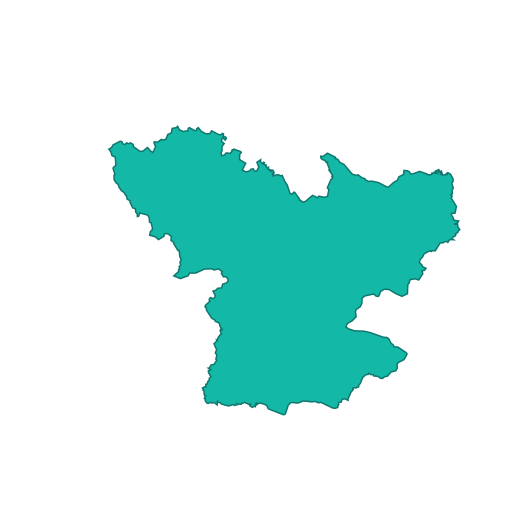 outline of Kyaukme, Shan, Myanmar, rotated 294°
{"feature_id": "60261553B11251200769941", "entity_name": "Kyaukme", "entity_type": "district", "adm_level": 2, "iso_a3": "MMR", "parent_name": "Myanmar", "parent_adm1": "Shan", "projection": "natural_earth1", "projection_center": [97.145, 22.817], "detail": "fine", "context": "isolated", "style": "filled", "palette": "teal", "viewbox_px": 512, "rotation_deg": 294, "n_neighbors": 0, "source": "geoboundaries", "source_scale": "gbopen_adm2", "svg_char_len": 6148}
<svg xmlns="http://www.w3.org/2000/svg" viewBox="0 0 512 512"><g transform="rotate(294 256 256)"><path d="M293.8,78.1L292.0,81.2L289.1,83.6L289.1,87.2L281.9,91.1L278.9,89.7L277.7,89.9L273.2,94.0L271.9,93.5L268.0,95.3L265.7,98.9L265.4,100.8L263.1,102.9L260.9,106.5L260.3,110.1L258.9,111.4L258.5,113.0L255.6,115.1L255.1,118.8L253.8,119.1L249.8,123.8L250.1,126.7L247.1,128.3L246.4,130.2L243.8,131.5L244.5,132.6L248.1,132.5L249.3,140.5L247.6,142.8L243.6,145.0L243.7,146.6L240.0,149.6L237.9,150.6L235.5,149.6L231.7,150.4L232.6,156.7L231.3,160.2L236.6,163.9L238.7,163.3L240.3,165.3L240.2,167.8L239.3,170.8L235.6,172.0L235.0,175.4L234.0,175.6L229.3,182.4L229.9,183.5L224.2,186.8L222.3,189.1L219.3,189.1L217.1,190.8L215.0,190.1L213.3,191.6L212.3,190.8L210.2,191.6L204.4,189.0L204.6,196.1L210.4,202.1L213.4,202.3L215.9,207.9L223.0,214.1L226.3,220.8L226.2,223.4L229.0,227.1L227.9,231.5L226.0,231.4L223.7,234.8L224.8,236.8L223.7,239.8L221.2,240.7L219.1,239.7L216.7,237.0L212.9,237.6L210.9,234.1L208.5,233.3L206.4,231.0L203.3,234.9L201.2,235.2L199.5,234.2L199.6,231.5L198.4,230.9L196.8,231.1L196.1,232.3L190.1,229.8L188.6,230.3L188.5,231.8L186.5,232.6L181.2,240.8L180.7,244.7L179.7,245.5L179.9,249.4L176.6,252.3L175.7,254.5L174.4,255.0L174.5,253.5L173.2,253.6L170.4,256.3L169.5,255.3L165.8,254.5L163.7,255.0L163.4,253.9L162.4,254.8L158.7,253.3L154.3,258.2L151.0,258.2L149.6,260.5L145.4,261.3L144.8,262.5L140.1,261.8L138.0,259.2L134.8,259.0L134.2,258.1L133.7,261.0L131.9,259.1L130.1,260.1L127.5,263.8L124.9,263.1L122.9,263.8L121.8,263.0L119.2,263.4L118.4,262.3L115.8,263.4L115.2,261.8L113.5,260.8L112.7,262.2L111.7,262.4L111.7,263.5L108.6,264.8L107.6,266.0L107.9,266.8L104.9,266.8L105.1,267.7L103.8,268.0L101.8,270.4L101.8,272.0L103.9,274.4L103.7,275.5L105.1,277.3L104.2,281.1L108.2,279.5L106.9,281.0L107.4,283.3L106.7,284.6L107.8,291.9L111.0,295.5L110.7,297.2L112.5,299.1L113.3,298.6L113.0,300.1L114.3,301.3L114.5,302.8L115.4,302.8L117.6,305.3L117.6,310.0L118.4,311.2L116.7,311.2L116.2,314.2L118.0,315.6L118.1,316.7L119.1,316.3L120.4,317.1L120.5,315.8L121.8,315.9L122.1,316.4L121.1,317.3L123.3,319.3L124.0,324.0L123.7,326.7L121.4,329.4L122.1,345.3L122.9,346.7L124.3,347.0L132.9,346.1L136.5,347.5L138.6,354.0L142.9,358.3L145.4,366.1L147.2,369.3L147.3,372.8L148.7,374.9L148.3,387.7L149.1,390.3L150.9,392.3L152.5,391.5L153.8,392.2L155.0,391.0L156.2,391.4L157.1,393.3L159.9,392.9L161.6,394.9L161.7,398.8L162.7,398.2L170.6,398.2L173.4,399.2L174.1,398.4L175.3,398.6L176.1,400.9L178.2,403.0L179.7,402.4L181.9,403.1L188.5,402.9L192.2,404.6L193.4,406.6L194.9,406.8L194.3,408.8L195.3,411.7L194.3,412.4L195.7,416.4L194.9,419.3L195.7,421.5L197.8,422.4L199.8,425.0L205.0,426.6L208.0,430.4L211.3,430.7L214.3,429.0L216.4,429.2L221.5,433.3L226.8,433.9L228.3,433.6L228.9,432.0L230.5,422.6L229.3,419.3L230.7,417.2L231.3,414.7L234.4,410.9L234.8,408.5L233.6,405.7L232.5,391.7L231.2,385.1L227.7,376.5L227.1,370.3L227.8,366.9L231.5,366.9L235.9,370.2L241.3,372.2L245.6,369.4L247.9,369.3L252.2,371.9L255.7,372.0L260.7,370.0L263.8,371.7L269.2,379.0L268.2,382.1L268.7,383.9L269.5,384.5L274.3,384.2L277.9,386.8L279.5,391.2L278.5,399.1L278.5,405.7L283.1,409.7L291.6,406.3L293.7,406.9L297.1,406.3L299.9,410.8L300.3,414.4L307.7,415.6L309.8,413.6L311.5,415.8L313.9,416.3L313.9,413.0L315.5,410.9L316.3,408.0L319.5,407.4L322.9,408.6L326.4,408.7L331.2,412.4L331.5,414.4L332.5,414.8L333.7,417.7L343.0,418.9L343.9,421.4L345.4,422.1L346.9,424.5L346.5,425.7L349.8,426.3L351.2,429.8L351.5,428.2L353.1,428.0L355.1,429.7L356.5,430.0L357.2,429.1L359.6,430.8L360.7,430.4L363.0,431.4L364.8,428.4L367.0,427.3L365.7,424.1L368.7,426.8L370.5,426.8L369.1,422.2L371.0,420.8L373.0,417.8L374.5,417.4L376.1,420.4L382.8,418.9L388.4,410.7L389.9,411.0L391.3,409.9L391.0,409.4L392.5,409.3L392.9,410.1L395.7,408.4L398.4,408.6L402.0,405.2L404.4,405.7L406.5,404.7L409.8,400.5L410.2,397.4L409.1,396.6L409.1,397.5L408.3,397.6L405.6,393.4L406.9,392.5L405.9,391.4L407.4,390.9L408.1,391.6L409.0,390.7L406.9,388.8L407.8,387.7L408.6,388.6L409.3,387.9L406.7,385.5L405.2,387.8L405.1,385.1L404.4,385.8L403.4,383.0L402.1,383.4L400.7,381.6L400.0,379.4L400.5,378.7L399.8,371.0L394.9,366.0L393.9,363.8L395.3,361.9L395.5,359.9L394.4,356.4L390.4,357.6L386.6,354.4L382.6,354.3L379.2,351.8L372.8,349.0L372.3,347.8L372.9,338.2L371.6,331.6L369.9,328.3L370.1,325.2L371.0,324.0L370.5,321.2L371.7,316.2L370.6,315.3L369.9,310.7L375.5,299.0L375.5,294.9L377.6,291.4L377.3,288.6L378.5,288.5L379.0,279.5L374.1,276.7L373.6,274.6L372.0,275.3L371.1,277.1L371.3,280.4L370.3,281.5L371.0,283.2L369.5,283.4L365.4,287.7L364.2,287.6L364.3,288.9L363.6,288.7L360.9,293.0L359.7,293.8L359.5,293.0L357.8,294.4L356.3,293.3L348.1,293.4L347.0,293.6L346.5,295.5L339.6,297.1L337.6,294.9L336.1,289.0L334.3,288.5L334.4,283.0L325.9,278.9L324.0,276.6L325.1,274.3L324.6,273.1L325.8,272.4L329.7,265.8L329.9,264.8L327.2,263.7L327.0,261.6L333.7,255.5L335.9,251.9L340.3,247.1L339.2,245.9L339.4,243.7L338.6,241.9L336.1,239.2L337.5,237.6L338.5,237.7L338.2,238.8L339.8,238.5L341.3,236.3L340.9,235.4L339.5,235.5L339.5,234.0L340.7,233.7L340.0,231.8L342.2,231.3L341.0,230.2L341.9,228.8L343.2,228.4L342.8,225.7L344.7,225.8L344.7,224.8L343.6,224.9L343.2,223.9L344.1,221.6L345.8,221.1L342.0,218.7L338.3,222.4L334.5,222.2L333.3,221.4L333.2,220.0L334.5,218.0L333.3,216.2L331.0,215.5L328.8,212.6L328.8,208.5L336.5,208.9L337.4,201.8L342.0,199.8L344.7,200.4L345.1,199.5L344.7,192.4L342.9,190.9L342.4,191.5L339.4,190.9L338.0,186.8L335.2,186.1L333.6,183.8L336.0,182.2L338.7,182.1L341.8,180.4L345.8,181.2L346.6,178.2L348.5,177.1L350.5,177.6L349.3,180.7L351.4,181.1L352.4,179.9L351.7,177.7L354.4,176.6L354.4,175.5L352.9,174.9L351.7,172.8L352.3,164.6L349.0,164.0L347.2,160.6L347.7,155.1L349.8,151.1L348.2,150.1L346.9,150.7L345.6,149.4L346.2,142.9L345.1,142.2L342.8,142.8L340.1,138.9L340.2,134.5L342.6,131.7L340.8,131.0L338.5,127.5L334.0,128.6L331.2,126.0L326.0,126.2L324.2,123.9L324.0,122.0L320.1,120.0L319.0,116.7L317.9,116.7L315.0,119.8L308.6,119.8L309.1,116.8L311.0,112.7L305.5,109.9L304.4,107.3L306.0,99.9L308.0,98.2L308.3,95.4L306.7,93.7L306.8,91.9L304.5,90.8L304.3,88.8L305.9,86.9L305.6,85.2L299.3,80.2L296.2,79.9L293.8,78.1Z" fill="#14b8a6" stroke="#0f766e" stroke-width="1.5"/></g></svg>